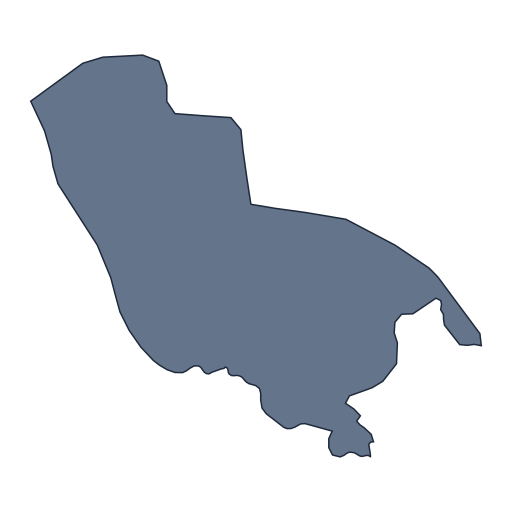 map outline of Rukwa (orthographic projection)
{"feature_id": "TZA-3336", "entity_name": "Rukwa", "entity_type": "Region", "adm_level": 1, "iso_a3": "TZA", "parent_name": "United Republic of Tanzania", "parent_adm1": "", "projection": "orthographic", "projection_center": [31.645, -7.987], "detail": "fine", "context": "isolated", "style": "filled", "palette": "slate", "viewbox_px": 512, "rotation_deg": 0, "n_neighbors": 0, "source": "natural_earth", "source_scale": "10m", "svg_char_len": 1572}
<svg xmlns="http://www.w3.org/2000/svg" viewBox="0 0 512 512"><path d="M115.2,294.5L110.8,277.8L97.3,245.1L58.0,183.9L53.0,166.4L51.2,154.2L44.6,131.0L30.7,101.2L82.7,63.3L102.7,57.2L142.7,55.1L158.8,61.2L166.8,85.4L166.8,101.5L174.9,113.6L200.9,115.6L230.9,117.6L240.9,129.7L242.9,149.8L246.9,178.1L250.9,204.3L274.9,208.3L304.9,212.4L345.9,219.3L395.1,245.2L429.1,268.1L437.7,276.8L479.9,333.6L481.3,345.7L474.4,344.4L467.3,345.3L459.7,344.6L444.5,325.2L443.6,319.8L443.4,314.3L440.7,309.7L441.5,304.2L440.7,300.5L435.9,298.2L412.9,313.8L401.6,314.2L394.9,322.3L394.2,332.9L397.4,342.9L396.5,363.8L382.8,381.3L372.2,387.7L349.4,395.9L345.5,403.3L353.9,409.0L360.4,415.8L356.7,421.1L359.9,424.8L364.1,427.7L371.2,434.3L373.5,441.8L370.6,442.1L368.8,444.3L370.5,455.4L370.4,456.6L368.3,455.5L366.7,455.4L363.1,456.2L361.4,456.4L359.5,455.8L354.3,452.7L349.6,452.1L346.7,453.3L344.0,455.3L340.2,456.9L332.5,455.0L328.8,447.7L328.8,438.6L332.2,431.1L305.0,423.6L300.7,423.9L294.5,427.3L290.7,428.6L287.0,428.6L283.9,427.4L266.3,413.8L262.1,408.2L260.7,400.2L260.7,393.3L259.5,388.6L255.8,385.6L248.8,383.6L245.9,381.7L241.9,377.1L239.0,375.7L236.3,375.4L233.8,375.7L231.4,375.5L229.0,373.9L228.4,372.6L227.8,369.2L227.1,368.0L225.5,367.1L224.9,367.3L224.4,368.1L223.1,368.6L221.0,369.0L211.5,372.4L210.1,373.4L208.5,373.9L206.2,373.5L204.2,372.1L200.8,367.4L198.6,365.9L194.2,365.9L190.3,368.0L186.6,370.7L182.7,372.6L175.0,372.5L166.9,369.6L159.4,365.1L153.3,360.4L140.9,347.2L129.2,330.4L120.0,312.0L115.2,294.5Z" fill="#64748b" stroke="#1e293b" stroke-width="1.5"/></svg>